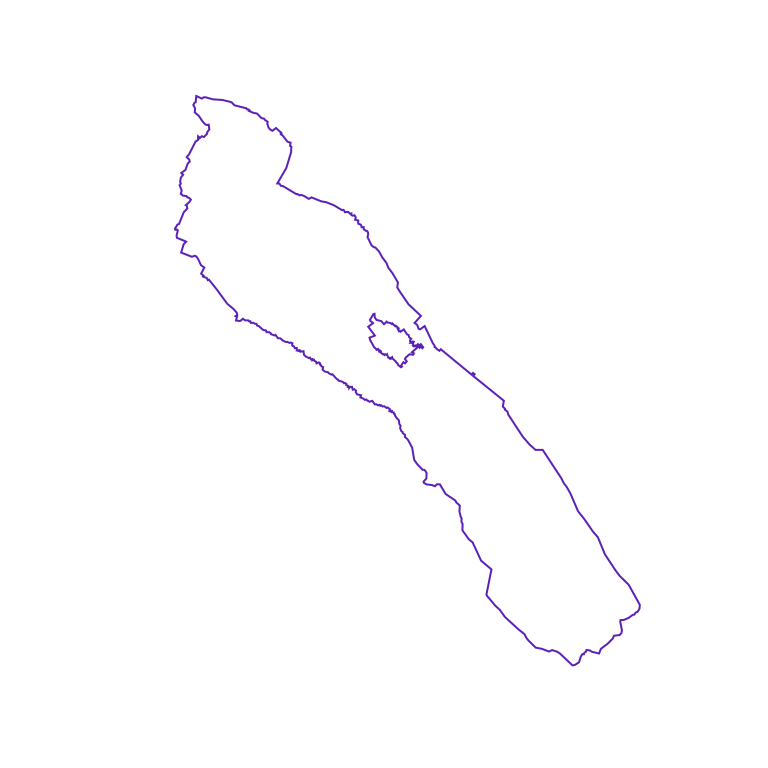 Ucea, Brasov, Romania, rotated 326°
{"feature_id": "2599482B38717766097303", "entity_name": "Ucea", "entity_type": "district", "adm_level": 2, "iso_a3": "ROU", "parent_name": "Romania", "parent_adm1": "Brasov", "projection": "albers", "projection_center": [24.681, 45.719], "detail": "fine", "context": "isolated", "style": "outline", "palette": "violet", "viewbox_px": 768, "rotation_deg": 326, "n_neighbors": 0, "source": "geoboundaries", "source_scale": "gbopen_adm2", "svg_char_len": 6094}
<svg xmlns="http://www.w3.org/2000/svg" viewBox="0 0 768 768"><g transform="rotate(326 384 384)"><path d="M472.6,710.1L474.6,687.2L472.1,675.1L471.7,668.1L471.9,648.7L475.6,630.7L474.7,622.9L474.5,607.4L473.7,598.1L477.3,579.2L477.9,571.8L477.6,567.3L478.3,561.2L478.7,527.3L472.8,523.4L470.8,515.4L469.6,505.3L469.9,478.8L470.9,476.0L469.9,472.9L470.5,472.4L469.9,469.2L474.0,464.9L462.4,427.1L464.6,426.6L464.0,424.6L461.8,425.1L450.5,386.9L448.5,387.5L447.3,384.1L447.3,382.7L446.6,381.8L447.4,380.2L447.3,377.5L450.1,358.7L444.5,358.9L443.5,357.6L444.6,353.5L443.5,350.5L452.7,348.2L448.9,331.8L448.8,316.5L449.0,311.3L452.3,307.7L453.0,296.9L452.6,290.2L453.7,285.1L453.4,277.7L454.0,271.3L453.1,265.9L452.2,265.1L451.2,262.2L452.5,252.9L454.5,251.2L455.5,249.4L455.5,247.5L454.7,247.0L453.7,244.4L454.9,242.6L453.1,241.5L453.9,239.5L453.4,238.1L452.4,237.1L452.6,236.0L454.1,234.1L451.9,231.7L453.8,230.0L453.9,227.6L452.2,227.0L451.4,225.8L452.4,224.3L450.9,223.7L450.6,221.3L447.6,219.7L448.0,217.7L447.5,216.7L446.5,216.5L442.4,207.8L437.7,200.9L434.2,197.6L428.2,188.7L425.2,188.5L422.9,183.5L421.2,181.0L419.6,180.5L418.3,177.9L417.5,177.6L410.9,163.4L409.3,161.9L409.4,159.4L407.7,158.1L423.8,150.3L436.6,139.9L439.9,135.4L439.3,134.0L441.5,131.7L439.5,129.3L438.9,121.0L438.1,119.4L439.2,118.8L438.8,118.0L439.2,117.8L437.6,111.4L433.1,111.7L431.9,109.1L431.7,106.9L432.7,103.1L434.2,101.6L433.0,98.7L433.0,97.2L431.1,94.9L429.9,88.7L427.3,86.1L424.8,82.2L425.6,81.9L425.1,80.5L424.1,80.0L424.1,78.5L415.8,69.2L415.3,65.7L414.3,64.1L408.8,58.1L401.3,52.3L396.3,46.4L394.5,45.4L392.7,45.6L389.4,40.3L385.4,45.1L384.1,44.9L381.9,46.1L381.5,49.8L379.0,53.0L380.4,58.1L380.4,64.8L380.9,68.3L381.7,70.1L383.7,71.0L381.5,75.3L378.6,76.2L377.2,77.6L372.9,78.6L371.5,76.7L368.3,77.2L367.8,76.3L368.7,75.5L368.4,74.7L366.2,77.7L363.4,77.6L350.9,84.5L347.3,85.6L348.0,89.1L347.3,91.0L344.5,91.5L339.1,95.5L333.9,95.7L334.5,98.2L331.0,99.3L328.1,102.3L327.6,104.2L325.7,104.9L324.5,110.4L321.9,112.8L322.4,113.6L322.4,115.1L325.3,117.7L325.4,119.4L326.5,120.6L327.0,123.2L324.7,124.2L319.8,124.9L320.3,125.7L319.1,128.5L314.1,129.6L303.6,136.7L301.9,136.3L297.5,138.4L297.3,139.5L298.8,140.2L299.0,141.3L294.9,145.1L294.1,147.1L299.6,155.3L296.1,156.1L289.3,161.6L295.9,171.1L298.9,171.9L299.7,173.3L299.8,176.5L298.7,183.1L300.1,187.0L294.1,190.3L295.0,193.3L294.0,193.7L296.3,197.0L296.0,199.4L297.2,199.6L298.2,211.8L298.9,229.8L301.2,237.8L301.8,242.6L300.8,244.9L299.0,244.8L299.8,246.0L296.8,248.6L300.0,251.4L303.5,251.0L304.4,253.5L307.1,255.4L307.2,256.7L308.3,257.3L307.8,258.9L310.0,260.3L310.5,261.7L311.9,262.8L311.5,264.6L312.6,266.0L314.1,271.8L316.1,273.5L315.6,275.4L317.7,276.7L318.5,278.7L318.1,279.4L320.4,282.5L321.5,282.6L321.7,286.8L323.6,288.1L324.3,291.1L326.1,294.3L327.4,295.0L328.8,297.3L330.0,297.5L330.9,298.9L329.6,300.3L329.5,301.2L330.4,302.4L330.1,304.4L331.8,305.4L330.4,307.4L331.9,309.0L331.9,308.3L332.7,308.4L333.3,309.6L332.8,310.5L335.6,311.8L334.0,315.0L334.6,317.6L336.2,320.5L337.4,320.7L337.2,322.7L338.6,323.3L337.8,324.3L339.5,324.8L339.2,325.8L340.2,327.6L339.6,329.2L342.1,329.7L342.6,331.2L341.8,332.0L342.3,333.1L342.0,334.3L343.0,336.0L341.2,337.7L341.2,338.4L342.2,341.0L344.2,342.9L344.2,344.1L345.5,346.7L346.7,347.1L347.6,353.5L348.3,354.6L348.1,355.6L351.0,359.2L351.3,361.1L352.2,361.2L352.9,362.9L352.1,363.8L353.3,365.6L352.4,366.3L353.6,367.2L353.1,367.8L354.3,367.5L355.9,368.5L354.9,371.2L356.4,371.6L357.1,373.9L356.1,374.9L355.9,377.6L358.7,380.5L356.9,381.9L358.8,384.7L359.2,386.4L360.8,387.1L360.8,388.5L361.5,389.0L362.0,390.6L364.9,391.4L365.0,395.8L366.3,396.5L367.1,398.4L368.5,398.7L368.8,400.0L369.7,400.0L370.4,401.9L371.8,402.7L372.7,405.2L373.8,405.4L374.8,407.9L373.5,409.3L374.5,409.7L374.1,410.3L375.4,410.9L374.7,411.7L376.1,413.0L375.6,414.3L376.1,415.0L375.5,416.3L375.4,418.9L376.0,422.5L374.3,425.7L374.5,427.7L372.7,429.6L372.0,432.8L372.6,434.1L372.1,435.3L373.0,438.0L371.7,439.6L372.5,442.3L372.6,444.7L371.7,452.6L366.6,463.8L366.7,468.9L368.0,476.6L369.3,477.6L369.7,479.0L369.5,481.7L366.3,486.0L362.1,487.1L361.8,488.3L363.2,491.1L367.2,494.5L369.1,497.3L371.7,496.7L374.2,498.4L373.6,509.7L378.0,520.6L377.7,522.8L378.9,527.1L375.3,531.8L373.3,537.2L373.2,538.8L371.2,541.4L370.9,544.0L367.2,549.1L367.5,560.2L368.9,564.9L365.7,584.8L369.4,597.8L351.3,615.7L350.9,616.9L352.3,630.1L353.7,636.0L354.0,644.9L358.2,662.4L360.6,670.1L360.1,673.7L360.3,677.2L362.3,687.3L367.0,692.1L371.2,698.1L374.6,698.6L377.9,702.9L379.1,705.6L382.9,722.6L384.8,723.6L390.0,723.8L394.8,720.0L397.4,718.9L398.6,719.8L399.7,718.9L401.8,718.8L403.1,717.7L405.7,720.0L406.5,722.1L411.6,727.7L415.8,724.8L424.0,724.4L431.2,723.0L433.9,721.3L439.0,723.9L441.6,723.2L443.5,721.3L446.9,713.2L448.1,712.0L450.9,713.7L456.0,714.7L461.3,714.5L462.5,715.2L464.7,714.2L467.0,714.6L470.1,713.2L472.6,710.1ZM414.2,320.1L415.4,320.5L413.6,323.5L413.6,326.7L416.9,330.3L417.4,334.4L421.0,333.8L420.9,334.5L423.3,336.9L424.0,338.7L424.8,338.4L425.6,342.5L426.4,342.3L427.3,345.9L426.2,345.9L425.9,348.7L426.9,348.7L427.0,349.9L430.9,349.8L430.9,355.8L431.8,357.2L431.0,359.2L431.8,361.7L430.7,361.8L429.6,362.9L430.2,364.1L428.9,364.6L430.2,365.6L431.7,364.9L432.3,365.7L430.5,366.6L430.2,368.0L429.4,368.2L429.5,369.2L431.3,369.6L431.0,370.2L431.8,370.4L434.4,369.9L434.5,370.7L433.4,370.8L433.4,371.8L436.8,371.5L437.0,375.5L435.8,375.8L435.5,373.6L433.8,373.9L433.9,372.5L433.5,372.2L425.0,373.3L425.9,374.7L425.6,375.6L424.5,376.0L421.8,373.6L416.9,374.2L415.3,375.0L415.5,378.0L413.0,378.6L412.3,376.8L408.0,378.5L408.5,379.6L407.4,379.6L406.3,376.0L406.7,374.5L406.2,373.2L406.4,372.0L405.3,367.5L405.8,366.3L404.9,366.3L404.9,368.2L404.7,366.9L403.1,366.6L403.3,365.3L402.3,364.7L402.3,364.1L403.1,361.2L402.5,361.4L401.6,360.0L400.7,360.3L400.4,359.0L399.8,359.0L398.7,355.6L399.6,355.5L399.7,354.8L399.3,353.8L398.2,354.1L398.6,351.6L396.9,351.5L397.0,349.8L396.4,348.1L397.1,339.9L397.9,337.5L403.5,338.8L402.9,327.7L409.0,327.4L408.0,324.1L408.2,323.0L414.2,320.1Z" fill="none" stroke="#5b21b6" stroke-width="2"/></g></svg>